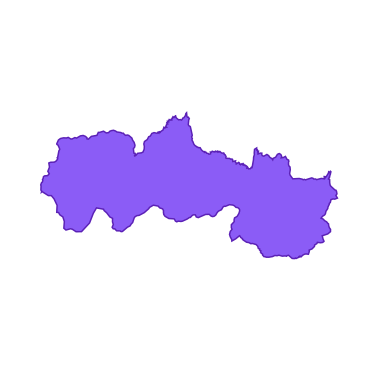 outline of Orastioara De Sus, Hunedoara, Romania, rotated 150°
{"feature_id": "2599482B76008210683345", "entity_name": "Orastioara De Sus", "entity_type": "district", "adm_level": 2, "iso_a3": "ROU", "parent_name": "Romania", "parent_adm1": "Hunedoara", "projection": "albers", "projection_center": [23.232, 45.653], "detail": "fine", "context": "isolated", "style": "filled", "palette": "violet", "viewbox_px": 384, "rotation_deg": 150, "n_neighbors": 0, "source": "geoboundaries", "source_scale": "gbopen_adm2", "svg_char_len": 6044}
<svg xmlns="http://www.w3.org/2000/svg" viewBox="0 0 384 384"><g transform="rotate(150 192 192)"><path d="M278.8,201.4L278.6,199.5L277.3,198.7L276.7,196.1L273.9,194.4L273.2,193.1L272.0,192.6L265.5,193.8L262.6,193.6L260.6,194.7L258.7,195.2L255.1,198.4L254.0,199.0L251.6,199.1L249.4,198.2L243.6,198.0L237.7,199.2L236.6,199.9L232.1,199.9L228.4,196.8L227.9,194.4L225.9,192.1L226.0,190.1L226.9,188.7L227.7,186.6L227.5,184.4L225.3,180.6L221.1,177.8L220.8,177.2L220.9,175.1L220.1,173.8L218.4,173.6L216.3,172.0L214.8,171.5L209.7,171.0L207.0,171.2L206.1,170.8L203.4,171.6L202.1,171.5L200.5,170.5L200.8,168.3L199.4,166.7L191.5,165.8L188.3,164.1L187.5,161.6L186.6,160.5L185.1,159.9L183.1,160.1L180.5,161.6L178.7,162.2L175.4,161.9L172.6,163.5L171.3,163.6L170.3,162.9L165.9,162.3L163.2,160.3L162.2,158.9L161.6,156.7L160.3,155.7L159.7,154.5L159.6,153.0L160.2,151.8L162.1,150.0L165.1,148.3L168.1,148.3L169.6,146.7L170.1,145.4L170.7,145.1L174.3,144.0L175.8,141.4L176.0,139.7L178.6,138.7L180.7,136.5L181.3,134.0L181.4,130.9L182.0,129.6L177.5,129.6L172.7,130.4L172.4,129.5L172.6,128.4L171.8,126.7L171.8,125.6L171.1,125.3L171.8,125.4L171.7,124.9L169.9,121.3L167.9,119.6L166.9,117.8L165.4,117.2L162.7,114.4L162.2,112.1L162.8,109.9L161.9,108.9L162.5,107.9L161.8,106.6L162.7,105.8L162.5,105.2L162.7,104.5L161.9,102.9L162.4,102.1L162.0,100.0L161.0,99.4L160.4,98.5L158.0,97.1L154.5,95.8L152.0,95.6L150.2,94.3L148.3,93.8L145.9,91.3L143.3,90.1L142.2,89.1L141.5,89.4L140.0,88.9L138.5,84.4L136.6,83.1L135.5,83.1L135.2,82.4L131.7,82.0L131.6,82.6L130.5,82.5L130.1,81.3L127.6,81.9L125.8,81.9L124.3,81.4L122.3,79.9L120.2,81.8L119.6,83.1L116.5,82.7L113.2,83.6L112.3,84.8L109.6,84.9L108.6,85.7L106.1,83.8L104.1,83.0L102.5,83.2L102.3,83.3L102.0,85.9L101.1,89.0L95.4,87.8L91.9,88.4L90.7,90.4L90.9,92.2L90.6,94.1L89.7,96.2L90.1,97.1L90.3,98.8L91.5,100.9L91.9,102.9L93.3,104.8L91.1,105.7L88.7,105.8L87.4,106.4L85.7,108.3L82.7,109.8L81.8,111.0L79.3,112.7L78.8,113.5L77.5,113.7L75.5,115.9L73.4,115.5L71.9,114.4L69.1,114.0L69.1,117.1L67.4,117.9L66.5,120.4L66.6,121.1L66.4,121.4L67.3,122.5L68.9,127.7L68.9,129.0L68.2,131.0L66.6,133.9L67.3,135.1L65.7,135.8L64.9,136.7L65.1,136.7L63.1,138.4L63.2,138.6L61.6,140.0L61.8,140.8L63.3,140.3L63.6,141.1L64.5,140.1L68.2,138.1L69.8,139.3L70.1,138.8L69.6,138.3L69.6,137.7L70.6,137.1L73.2,139.1L77.9,140.4L78.4,141.4L80.1,142.4L80.4,143.5L81.4,144.4L87.7,145.8L88.4,146.8L89.6,147.0L90.1,148.0L92.4,150.1L98.1,153.0L98.6,157.6L98.2,159.2L95.8,162.1L94.6,164.7L95.0,166.1L94.7,167.5L93.4,169.7L92.8,170.1L92.4,171.4L93.4,172.8L93.3,176.1L95.7,176.2L97.6,177.0L96.7,177.6L96.3,179.3L96.4,180.2L97.1,181.6L97.8,181.8L99.2,181.9L102.2,180.3L104.8,180.6L106.0,179.5L106.1,181.0L107.3,183.2L107.4,185.2L108.4,187.1L111.9,187.1L113.0,188.4L112.8,189.7L112.1,190.7L113.5,191.6L115.8,191.9L115.4,192.7L114.2,193.9L114.9,194.1L114.3,195.1L114.3,195.8L114.9,196.0L114.0,197.8L116.5,197.7L118.6,194.7L119.3,193.2L121.2,191.4L122.7,189.1L127.5,183.4L128.0,183.1L128.3,183.7L129.8,183.0L131.5,183.8L131.4,184.8L133.3,185.3L131.6,185.6L131.4,186.1L132.0,187.7L132.7,188.0L132.5,188.6L133.1,189.0L133.4,190.5L133.9,189.9L134.3,191.1L134.7,190.8L134.8,191.5L136.4,191.4L136.4,192.5L136.8,192.5L136.5,193.6L136.7,194.3L139.6,194.2L139.2,195.2L139.5,196.6L138.8,197.2L141.4,198.0L140.6,199.9L140.9,200.6L142.0,201.0L142.7,202.3L145.6,204.1L145.6,204.8L144.8,205.6L144.7,207.7L145.3,208.5L144.9,209.5L145.1,210.0L146.2,210.4L147.0,211.2L147.6,213.2L148.7,213.1L149.1,214.3L149.7,213.9L149.8,214.6L150.5,214.6L151.2,215.6L151.9,215.3L152.0,215.6L152.8,215.6L154.1,217.2L155.5,216.7L156.1,217.4L156.9,215.8L158.4,216.2L158.8,217.4L159.9,218.2L160.0,219.4L161.3,220.0L160.8,220.6L161.8,221.2L162.4,222.3L162.8,224.1L162.8,226.3L164.5,227.4L164.6,228.1L165.4,228.8L165.7,230.0L166.1,230.4L166.5,232.3L166.0,235.7L166.2,236.3L165.7,237.5L165.0,238.1L165.0,239.0L164.5,240.3L163.8,240.5L163.4,241.1L160.8,249.3L160.8,249.7L161.4,250.5L161.6,252.1L158.7,256.2L157.7,256.8L157.7,258.6L158.5,259.0L158.6,260.0L157.1,263.3L158.1,263.0L159.5,261.5L161.9,260.4L163.1,260.6L164.3,259.7L165.3,259.6L165.8,260.5L167.5,261.2L168.5,263.8L168.5,264.9L167.9,266.9L168.6,265.5L169.3,265.5L169.6,265.9L170.4,265.6L170.8,266.7L172.2,265.9L172.3,265.4L173.5,265.4L173.6,264.5L174.7,265.0L175.4,266.0L175.7,265.6L176.4,265.8L177.0,264.6L177.7,265.3L177.8,264.6L178.6,264.9L179.2,264.6L179.0,263.1L180.2,263.4L180.6,262.7L181.6,262.2L181.9,261.5L181.7,260.9L182.7,261.3L183.0,260.4L183.1,261.5L184.0,261.2L184.3,261.4L184.3,261.8L186.1,260.2L188.9,260.0L189.8,259.5L190.4,259.8L190.2,260.5L191.2,260.7L190.9,259.9L191.3,259.5L191.9,260.6L192.9,260.3L195.2,262.4L197.5,262.8L200.1,261.3L201.9,261.5L204.5,259.8L207.9,259.5L209.7,257.7L210.5,255.3L212.1,252.9L214.5,251.1L216.2,251.2L219.8,252.7L222.1,251.8L224.2,251.8L222.1,252.8L222.0,254.0L222.6,254.2L222.9,254.7L221.1,258.8L219.3,259.5L218.0,261.0L217.3,264.0L217.5,266.5L217.1,268.8L218.5,272.7L219.5,273.7L221.1,274.2L221.7,275.3L222.1,277.3L223.2,277.9L223.9,279.1L227.0,281.5L227.7,283.0L229.1,284.7L231.3,285.5L233.0,285.7L234.5,285.1L236.7,286.0L238.2,288.9L242.4,289.9L243.3,290.5L246.0,288.6L251.3,290.5L255.4,289.6L256.4,290.6L255.8,291.5L256.5,293.5L258.0,295.4L260.6,296.4L265.0,296.4L266.2,297.7L269.4,297.9L270.5,298.6L271.9,301.2L273.6,301.5L276.3,303.2L279.2,304.1L281.7,303.8L285.0,301.4L285.2,300.8L284.6,299.5L285.0,295.8L285.4,294.9L286.7,294.2L291.0,289.2L291.7,289.0L291.6,288.1L292.1,287.6L294.5,286.7L296.3,286.7L299.7,288.5L301.5,288.7L303.0,284.8L306.5,282.0L306.5,279.2L308.9,278.4L311.7,279.7L313.0,279.5L314.2,278.1L315.2,277.6L315.4,276.7L316.5,275.5L317.8,275.2L319.5,273.7L319.6,272.9L321.9,269.2L321.7,268.1L322.4,267.2L321.7,267.4L318.2,260.7L315.6,259.2L314.9,255.0L315.5,247.9L319.3,242.0L317.8,240.9L317.9,238.4L316.3,235.0L317.3,230.3L321.1,224.7L320.2,222.1L315.6,220.9L314.2,219.5L312.3,215.6L307.5,212.9L296.2,216.4L288.1,222.9L282.7,226.0L277.2,221.3L277.4,219.9L276.3,216.6L275.6,211.4L274.0,208.9L275.8,205.9L276.4,203.2L278.8,201.4Z" fill="#8b5cf6" stroke="#5b21b6" stroke-width="1.5"/></g></svg>